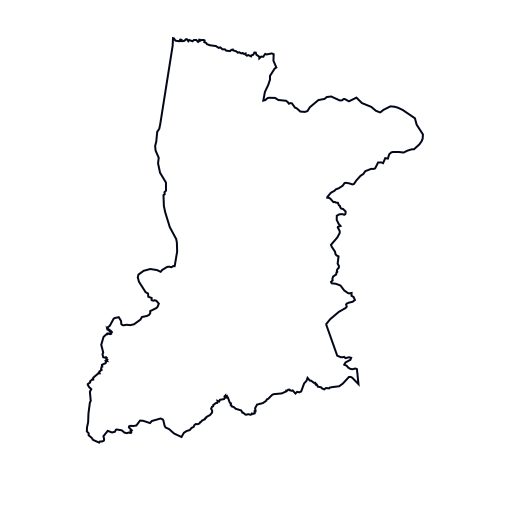 Wang Saphung, Loei, Thailand (Natural Earth projection), rotated 98°
{"feature_id": "78962969B13913499788092", "entity_name": "Wang Saphung", "entity_type": "district", "adm_level": 2, "iso_a3": "THA", "parent_name": "Thailand", "parent_adm1": "Loei", "projection": "natural_earth1", "projection_center": [101.796, 17.291], "detail": "fine", "context": "isolated", "style": "outline", "palette": "ink", "viewbox_px": 512, "rotation_deg": 98, "n_neighbors": 0, "source": "geoboundaries", "source_scale": "gbopen_adm2", "svg_char_len": 6064}
<svg xmlns="http://www.w3.org/2000/svg" viewBox="0 0 512 512"><g transform="rotate(98 256 256)"><path d="M51.8,368.5L59.3,367.8L139.2,369.2L143.5,369.5L146.8,371.1L156.6,370.7L161.1,371.2L165.6,370.1L172.3,366.0L177.9,365.9L186.9,362.6L195.8,355.4L203.8,354.2L205.6,355.5L207.6,355.0L208.6,356.1L219.2,354.2L225.1,352.1L239.4,345.4L250.3,337.4L253.8,336.2L262.6,334.7L276.5,335.1L277.4,335.2L277.5,336.6L278.9,338.2L278.7,340.8L279.2,342.5L282.8,346.9L284.9,348.2L283.7,352.2L283.6,358.9L286.3,365.2L290.7,369.8L293.6,370.1L297.8,368.3L307.2,360.3L308.2,357.7L311.3,357.0L312.1,353.5L314.1,353.3L314.4,352.8L314.5,351.1L313.9,350.2L314.2,348.5L316.7,345.6L320.0,346.4L321.4,347.4L325.3,353.1L327.3,352.8L329.0,353.5L330.5,355.5L332.3,360.5L335.1,361.6L340.6,367.3L342.0,371.0L342.1,374.6L343.1,377.6L342.9,378.8L342.2,379.9L339.1,380.6L335.7,383.4L336.9,386.8L337.8,388.2L345.3,391.0L348.1,393.6L349.6,392.8L349.7,391.9L348.6,392.6L349.9,390.2L350.3,390.8L351.0,390.5L350.5,389.9L351.4,389.3L351.1,388.4L351.5,388.1L352.3,388.9L353.2,388.6L353.7,389.5L353.4,391.6L354.0,392.1L353.6,392.6L357.3,395.7L365.5,396.9L372.7,393.9L374.8,394.3L377.5,393.2L377.7,391.2L377.1,390.5L377.6,389.6L379.0,389.7L379.4,389.0L379.8,389.6L380.5,389.1L380.4,389.8L380.8,389.2L381.0,390.1L381.4,389.7L383.0,390.0L385.2,393.4L386.8,392.9L386.9,393.4L389.4,393.7L390.3,393.0L392.0,394.9L392.5,394.7L393.2,395.4L394.0,394.7L394.2,395.8L399.1,400.2L400.7,400.0L400.7,400.5L401.2,400.4L401.5,401.4L403.3,402.9L404.4,402.7L406.2,404.7L406.9,404.7L409.0,403.1L410.8,400.6L413.5,401.6L422.5,399.5L424.2,400.1L435.2,400.0L444.0,399.1L448.9,399.5L453.2,399.1L454.9,397.0L456.8,396.8L458.8,393.6L460.8,391.7L462.6,385.4L461.5,384.9L461.0,382.3L459.9,380.9L458.5,380.9L455.7,382.0L449.8,378.5L450.8,374.0L449.7,371.3L447.5,370.5L447.2,369.9L447.3,364.7L449.2,361.7L449.4,359.2L448.6,357.6L448.7,355.3L447.7,354.9L446.8,355.9L445.9,354.8L443.4,358.0L442.4,358.0L441.7,356.9L441.4,353.7L440.5,350.9L435.1,347.9L434.9,344.8L436.2,337.7L433.9,336.2L430.2,327.9L430.8,325.7L431.6,324.9L436.8,322.9L438.4,321.7L439.5,318.0L443.2,312.4L445.6,304.6L441.1,302.8L439.0,300.4L437.6,297.4L435.1,295.8L434.1,294.1L431.9,293.4L430.8,292.3L430.7,290.4L429.6,288.6L428.2,288.1L427.7,287.1L426.5,286.6L424.8,283.9L424.1,284.0L423.0,282.7L422.3,282.7L419.9,279.4L417.1,277.7L415.2,277.9L413.5,279.2L411.5,278.6L410.7,277.5L409.5,277.6L407.0,275.0L406.9,274.0L405.8,273.6L404.8,274.0L405.2,272.2L403.5,271.8L402.1,267.7L401.0,267.1L399.5,267.7L398.3,266.8L399.2,266.5L398.8,265.6L399.5,265.7L399.8,264.7L400.3,265.1L400.5,263.9L405.0,261.5L405.4,260.3L407.1,260.3L407.4,259.5L408.3,259.2L408.7,256.9L410.1,254.9L411.0,249.2L413.1,247.6L413.0,246.8L414.4,244.6L414.6,243.8L413.7,241.6L414.0,239.5L413.4,238.2L412.6,238.2L412.7,236.8L412.0,235.4L410.8,235.7L410.3,235.1L409.7,235.6L409.3,234.9L406.9,235.7L403.0,234.3L400.7,228.7L397.9,225.7L396.6,225.4L395.7,224.0L391.4,220.8L390.4,219.4L388.5,211.4L385.8,207.1L385.1,207.3L384.7,206.0L383.9,205.5L383.7,204.2L384.3,203.8L384.5,202.0L384.0,201.0L386.7,197.8L384.8,196.4L385.0,194.2L383.8,192.4L375.5,190.6L372.5,188.6L369.5,188.0L371.9,185.3L371.8,184.1L373.6,180.9L373.3,179.8L374.1,178.9L374.9,179.1L375.2,178.6L374.8,178.4L374.9,177.8L376.8,176.5L377.0,173.2L377.9,172.2L378.6,169.9L377.0,168.3L376.9,165.2L376.1,164.7L375.3,162.5L373.4,155.5L370.3,152.3L362.8,147.1L362.6,145.3L363.2,143.7L368.6,136.7L354.0,140.3L353.6,142.0L354.7,144.7L354.7,146.7L353.8,149.0L352.1,150.9L351.3,153.5L348.9,152.5L345.7,148.1L343.6,147.6L343.3,149.7L344.7,153.2L343.6,154.7L344.2,156.1L344.4,158.0L343.4,161.7L314.4,176.8L313.5,176.9L308.2,173.7L299.8,166.2L294.9,159.9L293.5,159.1L291.5,160.0L290.6,159.6L289.5,158.0L287.9,154.0L285.8,151.9L283.0,153.7L282.1,155.9L279.3,156.2L280.1,158.6L279.8,160.0L277.8,163.9L273.5,168.2L272.4,173.0L272.5,177.2L271.2,178.1L269.4,176.7L268.0,177.2L265.6,176.8L263.1,174.0L261.6,174.1L260.4,173.3L259.8,173.9L258.1,173.7L255.9,172.3L254.2,172.6L252.2,174.1L244.9,174.2L244.2,176.4L243.0,177.6L240.8,178.3L236.3,182.3L234.5,183.3L226.4,178.1L221.6,176.3L219.6,176.6L216.4,179.0L215.7,178.9L214.5,176.5L212.7,178.6L209.0,181.1L204.9,181.6L203.2,179.4L202.5,176.4L202.9,174.4L202.2,173.4L200.3,173.3L199.4,173.5L197.3,176.4L197.2,178.2L196.0,179.4L194.9,179.7L194.1,181.1L191.9,182.3L192.0,184.3L191.5,185.5L191.9,186.8L188.8,190.5L188.2,191.9L188.4,193.5L187.7,193.6L183.0,190.7L180.5,187.4L178.7,186.0L177.5,183.6L174.4,180.0L171.4,178.4L171.0,177.1L171.1,173.8L171.7,170.5L171.0,169.0L167.3,167.2L162.1,163.7L159.8,161.1L156.8,159.6L153.7,154.1L153.4,151.6L152.6,150.2L146.4,148.1L145.9,144.8L146.4,143.1L141.1,141.6L141.2,139.0L136.7,138.2L134.6,136.5L134.0,135.0L133.1,128.8L133.0,124.2L130.6,120.7L128.7,116.7L128.3,114.4L122.8,109.8L119.4,108.0L116.7,107.3L112.4,107.6L103.6,115.2L97.5,117.8L91.0,131.0L89.4,136.1L88.9,139.2L89.1,143.7L93.6,150.2L96.3,152.7L96.5,153.4L95.5,157.5L92.3,162.6L89.8,172.4L85.2,178.6L89.9,185.5L88.2,190.0L88.4,191.1L89.9,192.5L90.3,194.7L87.6,203.7L88.7,208.0L90.9,210.0L92.9,215.9L101.2,223.4L105.3,225.2L106.5,227.6L106.8,232.2L104.1,236.2L103.6,238.1L99.9,241.6L99.8,243.2L100.6,244.7L99.1,246.0L98.1,248.0L98.4,255.6L96.8,259.1L97.5,265.1L98.0,266.5L100.3,268.5L101.1,270.4L92.3,270.0L84.6,267.6L79.4,266.7L75.7,267.2L67.8,263.6L66.5,262.1L60.2,265.9L53.7,266.6L53.2,268.6L54.9,273.4L54.6,275.0L57.7,276.6L57.9,278.7L59.8,280.2L58.2,280.5L56.6,283.6L54.6,284.6L54.7,285.9L57.1,286.7L57.8,288.3L59.0,288.6L58.1,291.6L58.9,292.8L58.1,294.3L56.9,294.5L57.5,295.7L57.5,296.6L56.8,297.4L57.4,298.7L56.6,301.1L57.2,302.3L56.1,304.0L55.5,307.4L54.8,307.7L55.3,309.1L56.7,310.2L56.8,314.1L55.7,315.6L56.0,317.9L54.4,320.4L55.1,321.9L53.7,324.9L53.7,331.3L53.0,334.1L51.9,335.1L51.4,337.0L49.7,336.9L49.4,337.9L49.6,339.7L50.4,341.0L49.7,341.5L49.7,342.3L51.5,342.5L52.1,343.1L50.4,345.2L50.7,347.5L52.2,348.8L51.4,352.2L52.7,352.9L51.0,354.5L51.0,355.4L52.9,356.9L53.5,358.7L53.6,360.1L52.3,359.9L52.2,361.1L54.0,361.9L54.0,365.7L51.9,367.6L51.8,368.5Z" fill="none" stroke="#020617" stroke-width="2"/></g></svg>